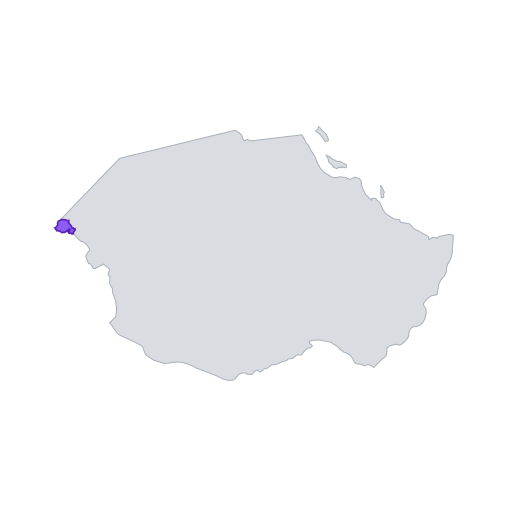 Kyerwa, Kagera, United Republic of Tanzania (highlighted), rotated 314°
{"feature_id": "72390352B12398012816015", "entity_name": "Kyerwa", "entity_type": "district", "adm_level": 2, "iso_a3": "TZA", "parent_name": "United Republic of Tanzania", "parent_adm1": "Kagera", "projection": "robinson", "projection_center": [30.816, -1.299], "detail": "fine", "context": "in_parent", "style": "filled", "palette": "violet", "viewbox_px": 512, "rotation_deg": 314, "n_neighbors": 0, "source": "geoboundaries", "source_scale": "gbopen_adm2", "svg_char_len": 7111}
<svg xmlns="http://www.w3.org/2000/svg" viewBox="0 0 512 512"><g transform="rotate(314 256 256)"><path d="M202.3,350.8L197.9,348.2L193.8,346.6L190.5,344.8L189.1,343.1L185.9,342.4L183.3,342.1L180.8,340.5L175.7,339.9L175.1,338.8L175.0,336.4L174.1,335.8L172.3,335.2L170.3,335.2L169.0,335.6L168.3,335.4L166.7,334.0L165.1,332.2L164.5,329.3L162.2,327.5L159.5,326.0L152.0,326.2L150.9,325.7L149.1,324.3L147.0,321.9L145.3,319.2L143.8,315.4L142.3,310.4L133.7,290.5L132.9,286.7L131.2,282.5L128.4,277.3L125.5,273.5L121.6,270.1L117.1,266.6L114.7,264.3L110.1,254.9L109.1,250.5L108.4,245.9L108.7,244.1L111.6,238.2L111.9,236.6L111.5,234.3L110.1,229.6L108.3,224.0L104.6,213.6L104.1,211.0L104.1,209.0L106.3,198.5L106.3,197.1L114.9,197.3L121.1,192.6L126.6,185.8L127.7,182.9L129.9,178.5L132.1,176.3L133.0,174.8L134.2,170.4L137.1,167.4L139.9,165.1L139.3,163.5L139.7,162.9L141.2,161.7L144.2,160.6L144.8,158.3L144.8,155.7L144.3,154.2L144.4,152.6L143.9,151.6L142.0,151.4L139.1,150.1L136.7,149.5L135.1,148.8L134.4,148.2L134.2,146.6L135.5,142.6L134.2,141.0L137.2,134.3L137.7,133.5L138.8,133.4L140.6,132.7L142.1,132.4L143.5,132.6L144.4,132.3L145.3,131.6L146.0,129.3L146.6,125.5L146.3,122.4L145.0,120.1L144.7,116.4L145.2,111.6L144.8,107.5L143.4,104.3L142.0,102.4L139.9,101.5L136.5,96.5L135.4,94.1L135.6,92.6L136.8,92.0L139.0,92.2L141.0,91.7L142.9,90.3L144.7,89.9L145.7,90.1L231.6,90.1L331.8,153.5L332.3,154.3L333.0,159.7L332.9,161.6L331.3,164.7L330.9,166.4L330.8,167.5L331.2,168.0L332.5,168.1L333.7,168.9L334.1,169.5L334.9,171.8L336.0,173.0L374.1,204.1L374.9,204.6L374.4,207.2L372.2,213.5L372.1,216.2L371.2,219.3L370.4,221.3L368.2,230.2L366.3,233.6L363.8,241.4L363.4,247.3L364.7,251.5L365.2,255.4L368.1,259.3L370.5,260.6L372.1,262.4L374.9,266.4L376.4,270.4L381.5,272.4L383.5,276.9L382.7,280.0L380.4,282.6L378.2,286.8L376.4,292.2L376.3,300.6L377.5,299.3L380.2,301.4L380.5,307.5L377.7,314.7L376.8,318.1L376.7,321.0L378.6,329.6L381.6,333.9L381.4,335.3L380.6,336.4L385.8,344.2L385.3,350.9L387.2,356.2L388.0,360.7L389.3,364.2L389.5,366.6L387.9,369.2L391.7,369.9L393.9,372.1L394.9,374.2L397.7,374.1L399.1,375.5L401.2,376.7L405.9,380.2L407.2,382.0L407.9,383.6L394.9,394.7L390.2,397.5L386.8,398.8L383.3,399.6L379.9,401.3L376.6,404.1L372.5,405.4L367.5,405.4L362.2,407.3L354.0,413.1L349.2,409.9L345.4,408.9L341.1,409.0L338.4,409.4L337.5,410.1L336.6,412.0L335.9,415.2L333.0,418.3L328.0,421.2L323.4,422.3L319.2,421.5L316.4,420.3L314.9,418.6L312.7,417.8L309.8,418.0L307.1,419.2L304.4,421.5L300.2,422.5L294.4,422.2L291.3,421.1L290.8,419.1L288.3,416.9L283.7,414.4L280.2,414.3L278.0,416.8L276.0,418.3L274.2,418.9L272.6,419.0L270.2,418.3L263.8,418.1L257.7,418.2L257.1,414.6L255.9,412.5L254.8,411.2L252.7,410.8L252.1,409.8L251.4,407.6L250.4,405.8L249.0,404.2L248.2,402.7L247.9,401.4L248.2,399.9L249.5,396.3L249.9,393.8L249.7,391.3L249.1,388.6L247.6,385.5L247.8,384.6L247.3,382.5L247.3,381.0L247.5,379.2L247.3,376.7L246.1,371.5L246.1,370.2L244.7,367.6L240.7,361.7L240.5,360.9L234.2,354.9L231.7,353.6L230.8,354.7L230.4,355.7L230.7,357.7L230.5,358.6L230.3,359.1L228.7,359.0L227.8,358.8L225.4,357.2L223.5,356.8L218.9,357.1L217.3,357.4L216.0,357.1L213.5,354.3L210.7,353.7L208.1,353.6L203.8,350.5L202.3,350.8ZM382.3,250.6L384.3,257.2L384.0,258.4L382.6,259.2L381.8,259.2L380.9,258.2L380.2,255.9L379.1,256.5L377.2,253.8L375.3,253.7L373.7,250.5L374.3,247.7L374.0,243.0L376.0,240.6L377.2,236.5L378.5,239.3L378.8,243.6L380.5,248.7L382.3,250.6ZM392.5,211.2L392.7,212.8L392.3,214.3L392.3,218.9L392.2,222.1L390.6,226.4L389.3,227.9L388.1,227.5L387.2,226.7L386.5,225.6L388.0,217.7L387.3,211.9L390.2,212.4L392.5,211.2ZM387.9,306.5L386.4,306.9L385.8,306.5L384.9,305.2L386.5,304.1L388.0,302.0L391.6,298.8L393.3,296.3L393.0,298.8L391.0,304.1L389.2,304.5L387.9,306.5Z" fill="#d9dde1" stroke="#a8b0b8" stroke-width="1"/><path d="M151.6,96.7L151.4,96.6L151.2,96.6L151.0,96.4L150.9,96.2L150.7,96.0L150.7,95.9L150.4,95.6L150.4,95.4L150.2,95.2L150.2,94.9L150.1,94.7L150.0,94.2L149.8,93.9L149.8,93.7L149.7,93.6L149.6,93.4L149.4,93.2L149.2,93.1L148.8,92.9L148.7,92.9L148.4,92.5L148.4,92.4L148.4,92.1L148.2,91.8L148.0,91.6L147.9,91.3L147.6,91.1L147.3,90.8L147.0,90.8L146.8,90.8L146.7,90.7L146.4,90.6L146.0,90.6L145.8,90.5L145.8,90.4L145.5,90.3L144.5,90.0L144.0,89.7L143.6,89.5L143.3,89.6L143.1,89.8L142.8,90.1L142.5,90.3L142.3,90.3L141.7,90.4L141.5,90.6L141.1,90.9L140.9,91.3L140.8,91.6L140.6,91.8L140.4,91.9L140.3,92.0L139.9,92.0L139.2,92.0L138.8,92.0L138.7,91.9L138.2,92.0L137.9,92.0L137.7,92.1L137.3,92.3L137.2,92.3L136.9,92.4L136.5,92.3L136.4,92.1L136.3,92.6L136.3,93.4L136.3,95.0L136.2,95.1L136.3,95.1L136.5,95.3L136.6,95.6L136.7,95.9L136.7,96.0L136.8,96.1L136.8,96.3L136.9,96.5L137.0,96.7L137.2,96.8L137.2,97.0L137.4,97.2L137.4,97.4L137.6,97.6L137.7,97.8L137.7,98.0L137.7,98.3L137.8,98.4L137.8,98.6L137.9,99.0L137.8,99.3L137.7,99.4L137.7,99.5L137.8,99.6L137.9,99.8L138.0,100.0L138.1,100.4L138.2,100.5L138.3,100.4L138.4,100.5L138.5,100.7L138.8,100.8L139.1,100.8L139.3,100.8L139.3,101.0L139.5,101.2L139.5,101.3L139.6,101.5L139.7,101.8L139.8,101.9L140.0,101.8L140.3,101.8L140.6,101.9L140.7,102.0L140.8,102.0L141.0,102.0L141.0,102.3L141.3,102.4L141.5,102.3L141.7,102.5L141.9,102.6L142.1,102.6L142.2,102.3L142.3,102.3L142.5,102.5L142.7,102.4L142.9,102.4L142.9,102.5L143.0,102.6L142.9,102.9L142.9,103.0L142.8,103.3L142.8,103.8L142.9,104.2L142.9,104.3L142.8,104.5L142.8,104.8L142.7,104.9L142.7,105.1L142.4,105.4L142.4,105.5L142.5,105.6L142.6,105.9L142.8,105.9L143.0,106.0L143.3,106.1L143.4,106.3L143.6,106.4L143.6,106.5L143.6,106.8L143.8,107.1L143.8,107.3L144.1,107.6L144.1,107.8L143.9,107.8L143.8,108.0L144.0,108.4L144.2,108.5L144.3,108.6L144.5,108.6L144.8,108.8L144.9,109.0L145.0,109.1L145.3,109.0L145.5,109.0L145.6,108.9L145.7,108.6L145.9,108.3L145.9,108.2L146.0,108.1L146.4,108.1L146.6,108.1L146.8,108.0L147.0,108.0L147.3,108.2L147.6,108.0L148.1,107.9L148.7,107.9L149.1,107.9L149.4,107.6L149.6,107.5L149.7,107.4L149.8,106.8L149.9,106.7L149.7,106.6L149.4,106.4L149.2,106.3L149.0,106.2L148.9,106.2L148.7,106.0L148.7,105.9L148.9,105.6L148.9,105.4L149.1,105.2L149.3,105.0L149.2,104.9L148.8,104.9L148.7,104.9L148.5,104.5L148.3,104.0L148.4,103.9L148.4,103.7L148.5,103.5L148.6,103.4L148.8,103.3L149.3,102.7L149.3,102.4L149.5,101.3L149.5,101.0L149.5,100.9L149.5,100.6L149.6,100.1L149.5,99.8L149.6,99.3L149.6,99.2L149.8,99.0L149.9,98.9L150.0,98.5L150.0,98.4L150.0,98.1L149.9,98.0L149.9,97.8L150.0,97.8L150.3,97.8L150.6,97.6L150.7,97.4L150.8,97.2L151.0,97.1L151.4,96.9L151.6,96.7ZM144.8,102.8L145.0,102.7L145.0,102.8L145.3,102.9L145.4,103.0L145.5,103.0L145.4,103.2L145.3,103.4L145.4,103.5L145.5,103.7L145.4,103.7L145.2,103.5L145.4,103.8L145.5,103.9L145.5,104.1L145.5,104.3L145.4,104.3L145.4,104.2L145.3,103.9L145.1,103.8L145.0,103.7L144.9,103.5L144.8,103.4L144.7,103.5L144.4,103.7L144.2,103.6L144.4,103.8L144.5,103.9L144.7,104.0L144.4,104.1L144.3,103.9L144.2,103.9L144.2,104.0L144.1,104.3L143.9,104.1L143.7,104.2L143.8,104.3L143.7,104.4L143.4,104.2L143.5,104.1L143.8,103.9L143.7,103.8L143.5,103.7L143.8,103.6L143.7,103.3L143.6,103.1L143.4,102.9L143.6,102.9L143.7,103.0L144.0,103.0L144.3,103.1L144.5,103.2L144.6,102.9L144.8,102.8Z" fill="#8b5cf6" stroke="#5b21b6" stroke-width="1.5"/></g></svg>